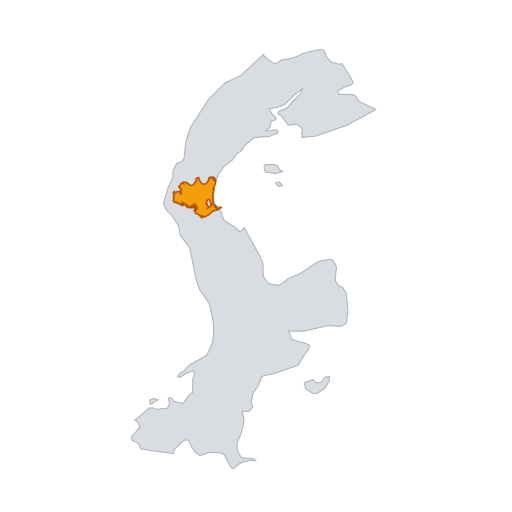 location of Panamá, Panama, rotated 278°
{"feature_id": "35544464B75623018343213", "entity_name": "Panamá", "entity_type": "district", "adm_level": 2, "iso_a3": "PAN", "parent_name": "Panama", "parent_adm1": "", "projection": "robinson", "projection_center": [-79.506, 9.204], "detail": "fine", "context": "in_parent", "style": "filled", "palette": "amber", "viewbox_px": 512, "rotation_deg": 278, "n_neighbors": 0, "source": "geoboundaries", "source_scale": "gbopen_adm2", "svg_char_len": 8673}
<svg xmlns="http://www.w3.org/2000/svg" viewBox="0 0 512 512"><g transform="rotate(278 256 256)"><path d="M456.5,235.3L455.1,236.4L451.0,242.9L448.8,248.6L454.1,254.5L455.6,260.8L458.6,267.6L463.2,274.5L468.4,287.2L469.6,292.3L468.1,295.6L463.2,297.7L458.6,303.6L457.4,310.9L458.3,314.5L444.5,326.1L441.0,328.1L438.7,326.3L435.7,320.4L432.2,315.7L430.3,314.1L429.2,314.0L428.1,315.1L427.7,317.7L429.5,328.6L428.0,333.0L423.3,336.4L418.0,354.2L415.9,351.9L398.2,328.0L383.0,298.4L379.8,285.0L383.7,284.2L387.6,284.5L389.6,282.4L392.0,278.5L390.1,269.4L397.5,262.5L400.3,257.9L402.3,258.4L407.2,266.3L414.2,270.9L422.9,277.5L428.2,278.9L421.4,272.0L409.7,263.0L406.5,257.0L403.4,248.7L398.8,252.3L396.7,255.3L394.3,257.0L392.3,255.0L391.9,252.3L385.0,251.8L383.2,249.3L381.4,248.0L382.2,253.1L383.6,256.3L382.9,260.2L380.6,260.5L378.7,256.5L376.3,252.9L373.0,237.8L365.2,230.6L361.6,228.3L358.6,227.4L354.3,222.5L348.5,219.9L340.7,212.4L331.1,207.1L319.3,205.1L305.1,206.3L300.3,209.3L297.0,213.1L295.5,214.9L287.1,219.2L283.9,225.5L281.9,230.8L277.6,236.8L282.4,240.5L254.9,260.9L249.5,263.9L237.2,266.0L234.3,268.2L230.5,272.2L230.0,278.4L230.6,283.6L234.2,287.7L237.4,290.2L245.0,302.4L258.6,317.7L261.2,323.3L263.3,331.6L259.2,335.5L256.0,337.2L243.1,337.8L238.6,341.2L236.8,346.2L232.0,350.4L215.3,354.5L202.2,354.9L198.1,350.2L197.1,336.8L188.3,314.1L186.2,298.4L184.0,300.3L179.3,302.1L177.7,306.0L176.5,317.6L174.8,321.6L171.2,321.2L163.8,317.1L153.9,313.2L141.4,288.7L140.0,284.1L137.6,278.6L127.9,276.3L119.6,272.1L110.6,271.5L105.9,273.8L101.2,270.9L100.4,264.1L90.9,267.2L78.8,266.1L67.9,263.2L60.4,264.8L54.2,269.5L55.0,281.8L53.2,284.2L52.9,279.2L50.8,273.4L48.2,268.7L42.7,263.7L42.4,261.9L44.6,259.4L54.6,252.3L55.8,249.3L56.0,243.1L55.0,237.2L50.6,228.4L53.1,223.0L58.3,218.7L63.5,215.3L64.4,213.8L63.5,210.8L60.4,207.6L53.2,202.2L48.9,201.8L48.7,186.1L49.0,169.4L50.1,167.8L52.7,166.8L54.8,164.3L56.0,159.3L59.2,157.6L64.9,161.4L70.7,164.7L73.1,163.6L74.9,162.0L76.1,160.4L76.6,158.8L81.2,163.3L90.6,171.2L91.2,175.0L90.3,178.8L92.9,189.4L97.8,191.0L102.8,188.9L104.0,190.9L103.1,192.8L100.5,195.0L99.9,204.2L108.0,208.5L112.0,212.2L125.5,210.5L130.4,211.5L133.8,210.4L130.1,203.0L125.1,197.6L125.5,195.1L129.3,196.9L132.2,200.6L138.8,205.2L151.0,221.2L165.0,225.1L176.0,224.6L186.3,222.4L202.8,216.2L214.6,205.0L224.1,200.0L254.9,189.3L265.8,178.2L270.4,176.7L274.8,175.4L284.5,166.9L289.6,160.4L295.1,157.1L311.4,159.4L321.9,162.6L329.2,162.1L336.2,164.3L339.2,169.1L342.4,171.2L359.6,170.6L373.7,173.0L404.5,187.2L423.0,201.1L432.8,216.0L456.5,235.3ZM146.6,345.6L142.6,346.0L134.4,342.4L128.4,335.5L127.9,333.3L128.0,331.0L131.3,324.0L135.7,321.5L137.5,321.6L141.6,329.7L138.8,332.8L139.9,337.9L145.9,341.6L146.6,345.6ZM344.9,267.2L343.4,270.7L340.0,262.9L340.5,260.9L340.3,253.8L343.6,251.9L346.0,251.7L347.9,252.7L349.2,261.1L348.2,264.9L344.9,267.2ZM100.7,175.1L99.9,179.0L94.2,172.0L97.6,170.9L98.8,171.0L100.7,175.1ZM332.6,268.9L329.3,272.6L328.1,269.1L330.4,265.4L331.2,265.4L332.6,268.9Z" fill="#d9dde1" stroke="#a8b0b8" stroke-width="1"/><path d="M318.4,178.3L319.3,176.6L318.8,175.9L319.2,174.8L319.1,173.8L318.7,173.6L317.7,174.0L318.0,173.4L317.7,172.7L317.8,172.2L317.4,171.5L315.5,171.2L314.3,170.0L313.5,170.1L313.1,170.6L312.7,170.8L312.3,172.3L311.5,172.9L311.0,172.7L310.8,171.8L310.3,171.7L309.4,172.3L309.2,172.9L306.7,173.3L306.7,172.7L308.5,171.9L308.9,171.3L308.8,170.7L308.9,169.0L307.4,167.6L308.1,166.5L308.6,166.2L308.6,165.9L306.9,165.2L305.8,165.7L305.5,166.6L304.6,166.7L303.7,165.8L303.0,165.9L301.5,166.9L300.9,166.5L300.3,166.6L299.9,166.3L299.7,167.0L299.1,167.0L298.8,167.3L298.0,167.2L298.2,168.2L297.8,168.5L298.1,169.1L297.9,169.4L298.0,170.0L297.7,170.0L297.8,170.5L297.4,170.8L297.7,171.9L296.7,172.8L296.6,173.5L296.9,173.8L296.5,173.9L296.1,174.7L296.5,174.9L295.7,175.9L295.9,176.0L295.7,176.2L296.0,176.8L296.5,176.6L296.8,177.3L297.2,177.1L297.4,177.4L297.6,177.2L298.0,177.4L297.9,177.1L298.3,176.6L298.3,176.3L298.3,176.2L298.5,176.2L298.7,175.6L298.8,175.5L299.0,175.5L298.7,176.1L298.5,176.3L298.3,176.2L298.3,176.7L297.9,177.1L298.0,177.4L297.4,177.5L297.2,177.2L297.0,177.9L297.3,177.8L297.0,178.1L297.2,178.3L296.9,178.8L296.6,178.7L296.0,179.6L296.4,179.7L296.3,179.8L295.9,179.6L295.7,179.9L296.2,179.8L296.1,180.0L296.6,180.5L296.2,180.5L296.3,180.6L296.2,180.7L296.0,179.9L295.5,180.3L294.7,181.7L295.0,182.0L295.2,181.8L295.4,181.8L295.2,182.1L295.3,182.3L294.9,182.2L294.8,182.5L295.0,182.4L294.7,182.6L295.1,183.4L295.2,183.1L295.9,183.2L295.2,183.3L295.2,183.7L295.5,183.5L295.6,183.8L295.2,183.8L295.0,184.3L295.7,184.0L295.9,184.5L295.6,184.3L295.5,184.7L295.4,184.6L295.1,184.7L295.5,184.9L295.3,185.1L295.8,185.5L295.6,185.7L295.9,185.8L295.7,186.0L296.0,186.0L295.7,186.3L295.9,186.3L296.0,186.1L296.0,186.5L296.3,186.2L296.1,186.6L296.3,186.8L296.5,186.1L296.6,186.5L296.9,186.2L296.8,186.5L297.2,186.1L297.3,186.6L296.6,186.6L296.5,187.0L296.8,187.0L296.8,187.4L297.0,187.1L297.3,187.7L297.5,187.4L297.6,187.7L297.3,187.7L297.7,188.3L297.9,187.8L298.3,187.5L298.8,187.8L298.4,187.2L298.6,186.9L298.4,186.7L298.5,186.4L298.4,186.7L298.6,186.9L298.5,187.2L298.9,187.7L298.6,187.9L298.3,187.6L298.0,188.0L298.3,188.0L298.4,188.7L298.5,188.5L298.8,189.0L298.6,188.5L298.4,188.8L298.2,188.7L298.1,188.3L297.5,188.5L296.7,187.9L295.9,188.7L296.4,188.5L296.5,188.8L296.1,189.2L296.0,190.4L296.6,190.2L296.6,190.3L296.8,190.5L296.6,190.3L296.2,190.5L296.2,191.0L296.1,190.4L295.6,190.6L295.5,190.3L295.2,190.3L295.4,190.4L295.1,190.5L295.0,190.8L295.2,191.0L294.7,191.0L294.8,191.6L294.5,191.1L294.7,190.6L294.6,190.9L294.2,190.9L294.6,190.2L294.3,190.0L294.4,190.4L293.9,190.3L293.8,189.9L294.2,190.0L294.1,189.3L292.5,188.3L292.4,188.6L292.7,188.8L292.7,189.2L292.7,189.3L292.8,189.1L293.2,189.6L292.3,190.0L292.2,189.3L291.9,189.9L290.8,189.5L291.2,189.8L290.2,189.5L290.0,189.8L290.1,189.6L289.5,191.5L290.0,190.9L289.6,191.5L289.3,193.3L288.2,194.5L288.2,194.9L288.3,194.7L288.5,194.5L288.4,195.0L288.1,195.1L287.7,195.5L287.9,195.3L287.9,195.7L287.6,196.1L287.1,196.1L287.3,196.4L287.6,196.4L287.9,196.9L287.3,196.6L287.2,196.8L287.6,196.9L287.0,197.3L287.2,197.5L286.5,197.5L287.3,198.6L288.2,201.0L289.3,202.0L290.2,203.5L292.7,205.5L293.0,205.5L293.8,206.7L294.3,206.9L294.9,207.5L295.4,209.6L296.2,210.1L295.9,211.2L297.3,212.3L298.6,214.2L298.6,213.9L298.8,213.9L299.1,214.5L299.4,214.4L299.3,213.9L299.2,214.2L299.3,213.8L298.6,213.9L298.3,213.6L297.6,212.6L297.5,211.6L296.9,211.5L296.9,211.3L297.2,211.4L298.1,210.9L298.5,211.0L298.0,210.2L298.6,209.3L298.8,209.3L298.6,209.2L298.9,208.9L298.9,209.2L299.0,209.1L298.9,208.9L299.5,208.9L299.5,209.4L299.9,208.9L299.9,209.1L300.3,209.0L300.3,208.3L301.2,207.1L301.1,206.7L302.0,206.4L302.0,205.9L302.2,206.2L303.7,206.0L305.4,205.3L305.6,205.7L307.2,205.5L308.2,204.6L308.8,205.1L311.5,204.6L315.5,204.9L316.9,204.8L317.2,204.7L316.7,204.8L316.3,204.7L316.2,204.5L316.4,204.4L316.2,204.1L316.3,204.0L316.4,204.4L316.2,204.5L316.5,204.7L317.3,204.6L318.1,205.0L324.1,205.9L324.3,205.8L323.8,205.8L324.7,205.4L324.5,205.0L324.9,203.9L325.7,203.7L325.5,205.0L325.8,205.2L326.3,204.3L326.2,203.3L327.4,203.5L327.0,204.0L327.1,204.4L327.8,203.9L327.4,202.9L328.0,202.8L328.2,202.4L328.0,202.1L327.4,202.0L327.8,201.5L327.4,201.2L327.7,200.8L327.1,200.4L327.1,200.1L327.5,199.9L327.1,199.6L327.3,199.0L326.1,198.2L325.2,198.8L323.6,198.4L322.9,197.3L321.3,197.2L320.3,196.2L320.4,195.7L319.9,194.1L319.9,193.2L320.9,192.0L320.9,191.3L321.5,190.6L323.4,189.7L323.7,189.1L324.9,188.4L325.7,188.4L325.7,188.1L325.1,186.6L323.6,185.8L323.0,186.6L321.9,186.3L320.6,185.3L318.3,184.4L317.6,183.8L317.1,182.9L316.7,180.8L317.4,180.3L317.9,179.0L318.4,178.9L318.4,178.3ZM301.9,199.2L303.0,199.3L303.1,199.6L304.1,199.9L303.9,199.9L304.0,200.1L304.7,199.9L305.5,201.3L305.2,202.3L302.9,203.2L301.1,204.7L300.4,204.7L300.3,204.4L300.1,204.7L299.7,204.0L299.1,204.0L297.0,201.8L297.8,202.0L298.8,201.6L299.4,200.4L299.9,200.1L300.3,200.6L300.8,200.5L301.1,199.7L301.5,199.4L302.0,199.4L301.9,199.2ZM294.8,207.5L293.8,206.8L294.9,207.9L294.8,207.5ZM295.3,189.6L295.1,189.9L295.4,190.1L295.3,189.6ZM288.2,194.6L287.9,194.8L288.0,195.1L288.2,194.9L288.2,194.6ZM294.9,188.9L294.8,189.2L294.9,189.4L295.0,189.3L294.9,188.9ZM295.7,188.7L295.7,188.4L295.6,188.6L295.7,188.7ZM293.2,188.3L293.1,188.5L293.2,188.3ZM295.0,189.6L295.0,189.3L294.8,189.6L295.0,189.6ZM296.2,188.3L296.1,188.2L296.1,188.3L296.2,188.3ZM295.9,189.4L295.7,189.4L295.9,189.4ZM295.2,190.3L295.1,190.1L295.2,190.3ZM297.3,188.1L297.1,188.0L297.3,188.1ZM294.8,190.9L295.0,190.8L294.8,190.9ZM295.9,189.6L296.0,189.5L295.9,189.6Z" fill="#f59e0b" stroke="#b45309" stroke-width="1.5"/></g></svg>